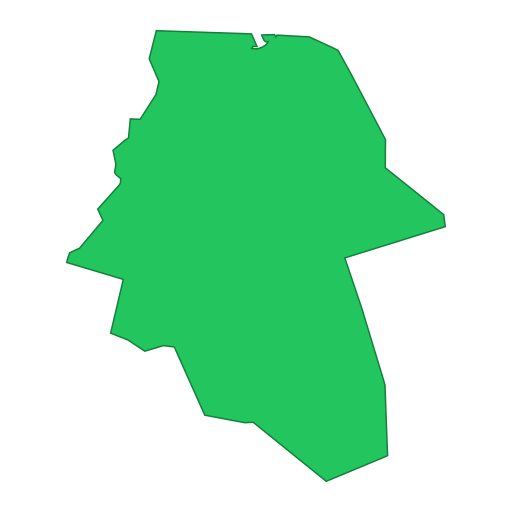 Granados, Sonora, Mexico (Albers equal-area conic projection)
{"feature_id": "50627088B73920432154329", "entity_name": "Granados", "entity_type": "district", "adm_level": 2, "iso_a3": "MEX", "parent_name": "Mexico", "parent_adm1": "Sonora", "projection": "albers", "projection_center": [-109.323, 29.751], "detail": "fine", "context": "isolated", "style": "filled", "palette": "green", "viewbox_px": 512, "rotation_deg": 0, "n_neighbors": 0, "source": "geoboundaries", "source_scale": "gbopen_adm2", "svg_char_len": 1304}
<svg xmlns="http://www.w3.org/2000/svg" viewBox="0 0 512 512"><path d="M156.2,93.4L155.8,94.8L140.1,119.3L130.3,118.9L128.5,138.0L125.1,140.1L113.0,150.3L115.9,164.1L114.6,172.6L116.4,175.1L120.8,178.7L120.3,183.3L119.2,185.1L97.7,209.1L102.8,220.1L102.6,220.8L79.5,248.2L69.6,252.8L67.8,258.1L66.7,262.5L123.3,279.4L110.6,333.2L128.0,340.0L144.8,351.2L163.5,345.6L174.3,347.0L204.8,415.2L225.1,419.0L229.1,419.8L244.8,422.7L253.2,422.3L326.2,481.3L387.1,455.9L387.6,455.6L386.3,422.1L385.0,385.1L382.1,375.2L377.6,360.4L361.6,307.7L344.8,257.9L445.3,226.6L443.7,214.7L429.0,202.8L385.3,167.8L385.4,150.2L385.5,139.6L351.0,73.9L338.1,50.4L332.5,47.6L309.3,36.9L280.7,35.3L277.0,35.1L275.9,36.8L274.4,34.6L264.1,34.9L261.8,35.0L262.4,36.9L263.1,38.3L263.8,39.7L263.9,40.1L264.3,40.5L264.5,40.8L264.9,41.2L265.1,41.4L265.3,41.6L265.6,41.7L265.8,41.8L266.1,41.8L266.5,41.9L267.0,41.8L268.1,41.6L267.4,43.0L267.0,43.6L266.2,44.5L265.2,45.3L264.0,46.0L263.4,46.4L263.2,46.5L262.6,46.9L261.9,47.2L261.5,47.4L260.9,47.7L260.2,47.9L259.0,48.4L258.9,48.4L256.7,48.6L256.8,48.9L256.5,49.0L256.2,48.9L255.8,48.9L255.4,48.9L254.9,48.8L254.4,48.8L253.8,48.7L253.2,48.6L251.7,48.4L253.0,46.5L257.0,46.4L251.5,33.9L156.3,30.7L149.2,58.8L159.0,81.6L156.2,93.4Z" fill="#22c55e" stroke="#15803d" stroke-width="1.5"/></svg>